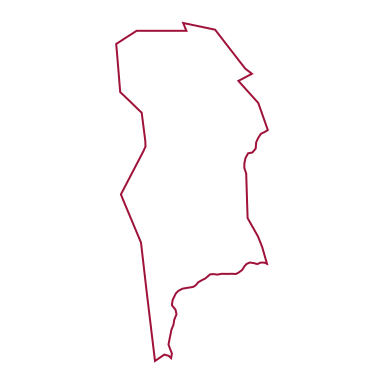 the district of Anísio de Abreu, Piauí, Brazil
{"feature_id": "56859067B66388325909617", "entity_name": "Anísio de Abreu", "entity_type": "district", "adm_level": 2, "iso_a3": "BRA", "parent_name": "Brazil", "parent_adm1": "Piauí", "projection": "orthographic", "projection_center": [-43.027, -9.241], "detail": "fine", "context": "isolated", "style": "outline", "palette": "rose", "viewbox_px": 384, "rotation_deg": 0, "n_neighbors": 0, "source": "geoboundaries", "source_scale": "gbopen_adm2", "svg_char_len": 1118}
<svg xmlns="http://www.w3.org/2000/svg" viewBox="0 0 384 384"><path d="M251.9,73.8L245.2,68.6L239.6,61.4L225.6,43.3L215.1,29.7L183.2,23.0L186.4,30.8L169.0,30.8L136.6,30.8L124.9,38.3L116.2,44.0L117.7,61.4L120.2,92.1L129.5,100.9L139.0,110.2L141.7,112.7L145.3,141.0L145.5,146.5L143.3,151.4L120.9,194.4L123.0,199.6L141.0,242.6L146.3,288.7L155.0,361.0L164.3,354.6L168.6,355.8L171.1,358.1L171.9,353.5L170.1,349.0L168.5,344.5L171.4,329.8L173.5,324.7L174.2,319.9L176.5,314.3L175.5,309.7L171.9,305.2L172.6,300.1L175.8,293.5L178.3,290.9L182.4,288.7L188.8,287.6L192.9,287.0L195.6,285.4L198.3,282.2L202.4,279.9L205.1,278.6L210.2,274.3L213.6,274.1L217.4,274.6L221.8,273.8L226.6,273.9L232.4,273.8L235.8,274.0L238.6,272.6L242.0,270.1L244.4,266.4L246.5,264.0L249.8,262.5L253.8,263.1L257.3,264.1L260.6,262.6L264.2,262.6L267.0,263.8L262.1,246.8L258.0,236.5L247.6,218.1L246.3,177.0L246.2,173.5L244.3,167.9L244.4,163.1L245.5,158.0L248.1,153.3L252.4,152.5L255.7,148.5L256.2,142.3L258.1,138.1L260.9,133.8L265.2,131.7L267.8,130.0L258.3,103.0L248.3,91.9L244.7,87.9L238.4,80.9L251.9,73.8Z" fill="none" stroke="#9f1239" stroke-width="2"/></svg>